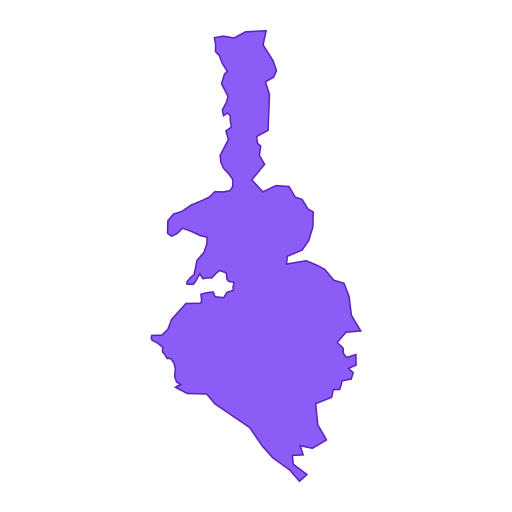 outline of Payarik, Samarkand, Uzbekistan
{"feature_id": "79887680B84985398573177", "entity_name": "Payarik", "entity_type": "district", "adm_level": 2, "iso_a3": "UZB", "parent_name": "Uzbekistan", "parent_adm1": "Samarkand", "projection": "albers", "projection_center": [66.843, 40.084], "detail": "fine", "context": "isolated", "style": "filled", "palette": "violet", "viewbox_px": 512, "rotation_deg": 0, "n_neighbors": 0, "source": "geoboundaries", "source_scale": "gbopen_adm2", "svg_char_len": 2057}
<svg xmlns="http://www.w3.org/2000/svg" viewBox="0 0 512 512"><path d="M175.4,387.3L187.2,393.5L206.7,394.0L214.9,403.9L249.7,427.6L262.2,445.9L272.7,457.8L285.6,467.0L290.3,470.6L299.5,481.3L306.9,474.5L293.3,464.2L292.3,455.4L303.2,454.9L300.1,445.7L312.4,448.3L326.5,439.9L317.8,424.8L315.7,403.7L331.6,397.3L333.3,389.7L339.7,389.5L342.2,380.8L351.2,379.1L353.2,372.7L348.5,368.4L356.1,365.1L355.9,354.5L346.6,357.5L343.5,353.6L343.1,348.1L337.2,342.4L346.1,332.2L360.8,331.0L351.4,315.3L349.1,296.5L344.0,283.2L333.8,280.2L324.9,269.5L317.4,265.4L306.1,260.7L286.6,264.0L287.3,256.3L302.1,250.1L308.8,240.4L312.9,226.8L313.2,211.9L307.9,209.0L302.2,199.5L295.2,197.1L289.0,186.5L276.0,185.6L262.9,191.8L251.8,179.9L264.6,164.3L259.4,155.4L260.7,146.1L257.5,143.2L256.6,136.6L268.1,130.3L269.5,94.6L265.5,81.8L273.7,77.1L276.5,70.6L273.0,60.6L263.1,44.9L266.1,30.7L245.5,31.8L234.0,38.0L223.3,36.1L214.4,37.7L215.6,44.7L215.5,51.6L219.5,55.9L222.0,62.9L227.3,71.4L224.5,74.1L221.5,83.7L228.0,96.4L226.6,101.9L222.3,110.1L223.5,115.7L227.7,113.0L230.3,115.9L230.2,120.0L231.4,127.0L225.9,131.0L228.4,139.4L220.1,155.6L221.0,162.7L223.6,168.4L228.9,174.1L232.9,179.7L232.7,186.6L229.9,190.7L223.1,191.9L214.9,191.7L209.3,197.1L201.0,201.0L191.4,204.9L181.7,211.5L173.4,214.1L167.8,220.9L167.6,229.2L167.5,233.3L171.5,236.2L177.1,233.6L182.6,228.2L190.8,231.2L200.2,235.6L207.0,237.2L206.8,244.2L203.9,252.4L196.9,260.5L195.3,268.8L194.0,274.7L190.7,277.3L186.9,282.0L186.9,284.2L193.2,284.3L195.4,281.7L199.8,273.8L202.9,278.7L207.6,277.9L211.9,277.9L216.3,273.1L219.5,270.5L226.3,272.9L227.0,279.6L229.3,281.6L234.1,282.3L232.9,287.6L233.4,290.3L227.0,292.3L223.7,297.6L215.2,296.8L213.2,291.9L206.3,292.8L200.9,294.3L201.7,301.0L200.2,303.4L194.9,303.3L185.9,303.5L171.7,319.3L167.8,329.4L161.8,335.2L151.7,335.4L151.2,337.9L152.1,340.3L156.9,342.6L162.6,347.1L162.5,351.9L164.5,354.1L167.1,358.5L170.8,358.6L173.9,363.0L175.3,368.5L174.6,376.5L176.6,382.0L180.8,384.8L177.6,385.8L175.4,387.3Z" fill="#8b5cf6" stroke="#5b21b6" stroke-width="1.5"/></svg>